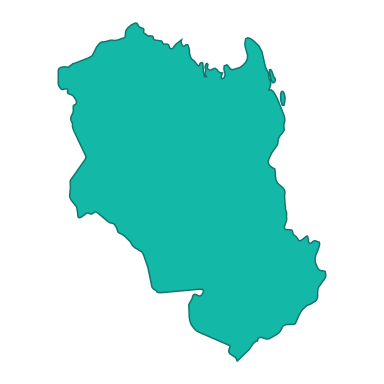 the border of Monagas
{"feature_id": "VEN-46", "entity_name": "Monagas", "entity_type": "State", "adm_level": 1, "iso_a3": "VEN", "parent_name": "Venezuela", "parent_adm1": "", "projection": "equal_earth", "projection_center": [-62.996, 9.35], "detail": "fine", "context": "isolated", "style": "filled", "palette": "teal", "viewbox_px": 384, "rotation_deg": 0, "n_neighbors": 0, "source": "natural_earth", "source_scale": "10m", "svg_char_len": 5625}
<svg xmlns="http://www.w3.org/2000/svg" viewBox="0 0 384 384"><path d="M194.5,61.1L194.9,61.8L196.8,64.3L198.6,66.0L199.4,65.4L199.9,63.7L201.1,62.7L202.4,62.7L202.9,64.1L203.5,72.9L204.6,76.7L206.5,76.7L205.0,74.1L205.3,72.0L205.8,70.0L205.1,67.8L205.1,66.7L205.6,65.0L206.4,63.6L207.3,63.5L208.0,64.6L207.3,67.4L207.8,68.9L209.8,70.4L211.6,69.8L213.4,68.6L215.3,68.4L217.0,69.6L218.2,71.3L219.8,72.7L222.5,73.0L221.0,77.4L222.1,78.8L224.1,77.7L225.2,74.9L223.9,69.1L224.2,65.9L226.9,64.8L227.7,65.5L230.1,68.6L231.5,69.5L233.1,69.6L240.0,67.4L243.1,65.1L245.8,62.1L247.4,58.8L247.5,54.8L245.3,47.3L244.8,43.8L245.7,38.8L247.9,37.7L250.8,38.8L253.6,40.8L258.9,45.9L261.9,51.5L265.2,66.0L266.3,69.0L267.7,71.6L268.8,74.4L268.8,77.9L270.4,81.4L270.8,83.8L270.3,86.2L268.8,89.9L271.2,89.9L273.1,91.4L274.6,93.6L277.2,98.3L284.1,115.6L284.8,118.7L284.7,121.6L284.0,124.2L283.8,126.8L284.0,127.3L284.2,130.2L282.5,132.9L280.2,135.5L278.6,138.3L277.7,143.7L277.1,145.4L271.8,152.8L269.1,158.5L268.3,161.2L268.6,164.0L270.3,166.2L272.6,167.8L274.8,168.9L275.3,172.8L275.5,176.6L276.0,180.1L277.6,183.2L283.4,188.3L284.7,190.6L284.9,192.5L284.6,196.8L285.1,205.2L285.4,206.8L285.6,210.2L286.0,210.9L286.3,211.7L286.6,212.5L286.6,213.5L286.5,216.8L286.7,218.8L286.6,220.0L286.3,221.6L285.3,223.9L284.7,225.8L284.4,227.3L284.6,228.6L285.1,229.2L285.8,229.5L291.2,229.9L291.7,230.1L292.2,230.7L292.5,231.5L292.9,233.2L293.2,234.0L293.6,234.6L294.2,235.2L295.9,236.5L296.5,237.0L296.9,237.6L298.1,239.6L298.6,240.1L299.1,240.6L299.6,240.7L300.1,240.8L301.2,240.3L302.6,239.3L305.4,237.0L306.6,236.2L307.5,236.1L307.8,236.9L308.6,241.6L308.9,242.4L309.2,243.1L309.7,243.3L310.1,243.4L310.7,243.3L311.3,243.0L313.1,241.3L314.2,240.8L314.9,240.7L317.0,241.3L317.6,241.7L319.2,242.1L319.6,243.6L319.5,245.3L318.4,248.8L315.8,255.3L315.0,258.8L315.5,262.9L317.1,266.8L318.1,268.6L319.2,269.9L320.7,270.6L323.8,270.9L325.3,271.6L325.5,273.2L325.7,274.4L325.8,275.5L325.5,277.1L324.8,278.6L318.8,286.9L318.1,288.4L317.8,289.9L317.5,297.4L316.7,299.8L315.1,301.4L310.4,304.2L307.1,305.3L302.8,309.3L302.2,309.9L299.3,314.6L296.7,320.6L295.3,323.7L293.2,324.4L286.1,324.6L284.4,325.2L283.6,325.7L282.9,326.3L282.2,327.2L281.9,327.9L281.8,328.6L281.3,329.5L280.1,331.4L278.8,332.9L277.3,334.1L269.7,338.5L267.8,339.0L266.3,339.0L261.3,337.4L259.4,337.5L257.9,338.6L257.5,341.0L255.9,341.3L254.3,342.5L252.9,344.0L249.2,349.5L248.7,350.0L238.2,360.2L237.2,361.0L236.1,358.4L234.9,357.0L229.9,353.8L229.2,352.8L228.8,351.7L228.8,350.6L229.0,349.6L229.5,347.9L229.9,347.1L230.0,346.4L229.8,345.6L197.8,331.7L195.8,330.3L193.5,327.8L190.9,324.1L189.9,320.8L189.3,317.5L188.8,305.2L189.0,304.2L192.0,298.8L192.3,298.0L192.5,297.0L192.8,296.1L193.1,295.3L193.6,294.8L194.2,294.4L194.9,294.2L195.6,294.4L198.2,295.7L199.0,295.9L199.7,296.0L200.4,295.8L201.0,295.4L201.6,294.9L202.0,294.4L202.9,293.1L203.5,291.5L202.8,289.4L199.4,289.2L161.1,292.7L158.6,292.6L157.1,292.2L156.7,291.5L156.1,290.7L155.3,290.0L153.7,289.1L152.9,288.4L152.4,287.8L152.2,287.4L151.9,286.7L147.9,267.5L143.6,255.0L141.8,251.8L141.2,251.4L139.8,250.8L139.1,250.4L138.0,249.5L134.6,247.6L132.7,245.7L131.6,244.2L130.6,242.2L129.9,241.3L123.9,235.5L121.4,234.0L119.7,233.2L118.5,232.6L117.9,231.8L116.6,228.1L115.4,225.8L114.5,224.7L113.8,223.9L113.1,223.5L112.4,223.3L111.6,223.1L110.8,223.0L109.7,222.7L107.7,221.4L97.3,212.6L95.8,211.8L95.1,212.0L94.4,212.2L92.7,213.5L92.0,213.9L91.2,214.0L90.2,213.9L88.7,213.2L87.8,212.9L87.0,212.9L86.4,213.3L85.8,213.7L85.3,214.3L81.1,217.2L80.4,217.5L79.7,217.7L78.8,217.7L78.3,217.2L78.0,216.6L77.1,209.2L76.5,206.8L71.3,200.3L70.2,198.2L69.6,196.5L70.4,187.6L70.2,181.2L70.5,180.2L84.8,159.9L85.2,159.1L85.5,158.5L86.1,156.8L73.6,130.3L72.4,126.7L72.5,125.5L72.4,123.5L72.0,122.3L71.2,120.8L70.8,119.7L70.7,118.7L70.8,117.6L71.0,116.8L71.3,116.0L72.8,113.2L73.1,112.1L73.3,110.8L73.2,107.1L73.3,106.0L73.7,105.3L74.3,104.9L75.0,104.7L75.7,104.2L76.2,103.5L76.5,101.9L76.3,100.9L75.9,100.0L73.4,96.2L72.9,95.7L71.6,94.9L69.3,94.1L68.4,93.7L67.5,92.8L67.4,91.9L67.6,91.1L68.0,90.1L67.7,89.4L67.2,89.1L66.6,88.9L65.5,88.8L62.7,89.6L61.8,89.4L60.7,88.6L59.1,86.5L58.5,85.0L58.2,83.6L58.3,70.1L58.6,69.3L59.0,68.7L59.5,68.2L60.1,67.7L60.8,67.4L61.5,67.2L64.6,66.8L65.5,66.9L67.0,67.2L67.8,67.2L68.5,67.0L71.9,64.5L72.9,63.6L74.7,63.3L88.7,57.8L92.2,55.7L96.6,47.0L98.2,44.9L100.1,42.9L101.3,42.2L102.4,41.9L105.1,41.7L110.9,40.1L115.3,40.5L118.5,39.8L121.9,38.4L124.1,37.9L125.0,37.0L125.3,36.1L125.5,32.8L125.7,31.8L125.9,30.9L126.7,29.4L127.1,28.8L128.2,27.5L131.4,24.9L134.4,23.4L136.0,23.0L137.0,23.4L137.4,24.0L138.6,26.1L139.1,26.7L139.6,27.1L140.3,27.5L143.3,28.5L143.7,29.0L143.9,29.8L143.8,30.7L143.6,31.5L143.6,32.3L143.9,33.0L144.4,33.4L145.1,33.7L145.7,34.0L146.1,34.6L146.9,35.3L148.0,35.8L151.8,36.0L152.8,36.4L153.1,37.1L153.6,38.9L154.0,39.5L154.6,40.0L161.2,40.9L161.8,41.3L162.2,41.9L162.9,43.4L163.5,44.0L164.5,44.1L166.7,44.1L167.6,44.2L168.2,44.6L168.6,45.0L168.9,46.0L169.9,48.2L171.3,48.8L172.2,48.5L172.9,48.1L173.8,46.9L174.7,45.6L176.4,43.8L181.6,39.8L181.1,42.0L181.3,42.8L181.6,43.8L182.1,44.7L182.9,45.9L183.7,46.3L184.4,46.2L185.5,45.1L186.2,44.6L187.4,44.6L188.0,45.3L188.4,46.4L189.2,49.1L189.4,50.2L189.6,53.7L190.6,57.1L191.1,58.2L191.8,59.1L192.3,59.6L194.1,60.8L194.5,61.1ZM283.2,92.0L284.3,93.8L285.1,98.1L284.6,102.2L283.9,105.4L282.2,105.1L280.8,100.4L280.6,96.1L280.9,93.2L281.6,91.4L282.7,91.5L283.2,92.0ZM273.8,77.0L274.5,77.4L275.4,79.3L274.8,81.9L273.1,82.9L271.6,81.1L270.7,78.0L269.6,72.3L269.5,69.9L270.7,69.5L272.2,72.0L273.8,77.0Z" fill="#14b8a6" stroke="#0f766e" stroke-width="1.5"/></svg>